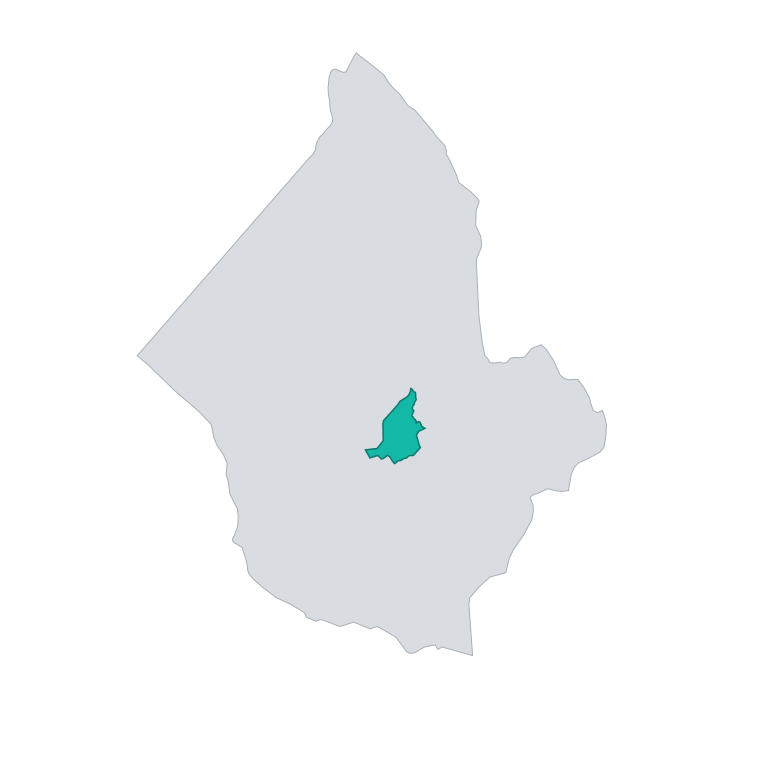 Apac highlighted on a map of Uganda, rotated 131°
{"feature_id": "UGA-5604", "entity_name": "Apac", "entity_type": "District", "adm_level": 1, "iso_a3": "UGA", "parent_name": "Uganda", "parent_adm1": "", "projection": "mercator", "projection_center": [32.461, 1.914], "detail": "fine", "context": "in_parent", "style": "filled", "palette": "teal", "viewbox_px": 768, "rotation_deg": 131, "n_neighbors": 0, "source": "natural_earth", "source_scale": "10m", "svg_char_len": 3257}
<svg xmlns="http://www.w3.org/2000/svg" viewBox="0 0 768 768"><g transform="rotate(131 384 384)"><path d="M524.6,588.8L515.2,588.8L499.9,588.8L484.6,588.8L469.3,588.8L454.0,588.8L438.7,588.8L423.4,588.8L408.1,588.8L392.8,588.8L377.5,588.8L362.2,588.8L346.9,588.8L331.6,588.8L316.3,588.8L300.9,588.8L285.6,588.8L270.3,588.8L261.3,588.8L259.5,588.5L258.2,588.2L252.5,589.3L246.5,593.0L240.1,594.6L233.3,594.0L232.5,594.4L229.0,594.3L224.1,594.1L219.6,595.1L216.2,598.4L212.7,604.0L206.4,610.5L201.5,616.3L197.3,620.4L187.8,627.1L182.6,629.1L180.0,628.8L178.4,627.5L175.4,618.9L173.5,617.5L155.0,622.0L152.2,622.0L152.4,619.3L151.1,599.1L150.9,586.7L153.3,578.9L154.7,570.0L154.9,562.1L158.3,548.6L157.0,540.6L161.4,512.3L162.6,507.7L164.3,494.1L167.0,489.9L169.5,488.2L172.6,479.8L178.7,466.5L182.9,459.6L182.0,444.5L182.7,434.3L183.7,432.0L192.7,428.2L204.3,418.7L209.3,407.6L216.2,400.5L229.7,395.9L269.7,357.7L288.3,337.0L296.4,326.5L296.7,322.7L298.3,317.7L295.0,313.8L291.1,310.3L289.8,307.1L286.5,305.4L281.7,305.5L278.6,303.2L275.0,298.5L271.4,295.6L260.0,295.8L251.3,291.1L251.4,284.6L254.8,271.9L261.5,257.3L261.8,253.3L260.9,249.9L259.3,247.0L256.3,244.0L253.5,240.6L255.7,230.1L259.8,219.8L263.3,214.7L266.6,208.9L265.7,204.2L260.8,201.9L263.3,197.2L268.6,189.5L278.8,181.6L287.8,176.4L293.8,176.4L305.4,180.6L316.0,185.5L321.8,185.7L328.8,183.7L343.4,174.9L346.9,177.7L351.1,183.0L355.7,191.8L364.9,195.8L369.3,198.5L372.5,199.4L374.2,198.6L377.7,191.8L381.9,188.0L389.7,183.3L406.8,179.5L419.0,178.3L424.2,177.5L432.9,175.3L446.6,168.3L460.1,177.4L474.8,179.1L489.0,179.0L493.3,176.3L495.8,174.2L510.7,159.2L530.9,138.9L544.3,167.5L548.9,169.2L548.3,171.6L547.1,174.1L555.9,180.9L566.7,184.5L570.6,188.1L571.0,191.9L567.3,208.6L568.0,213.3L571.5,230.1L577.9,233.8L583.6,250.6L595.2,257.8L596.8,259.8L599.5,268.0L603.0,276.9L605.8,279.0L607.5,279.5L610.9,289.0L608.9,294.3L611.6,310.5L615.9,325.0L617.1,342.2L617.1,349.8L617.0,354.5L616.0,361.0L613.9,364.8L610.3,368.5L606.2,374.3L602.6,380.6L600.4,383.6L602.1,393.0L601.7,395.4L600.7,396.6L595.5,398.0L588.8,400.5L584.7,403.0L579.0,407.7L574.4,412.8L568.3,427.9L558.1,439.6L556.4,443.4L546.8,450.4L542.5,459.1L539.9,469.6L536.1,477.2L528.0,487.6L526.2,504.0L526.4,536.8L524.3,574.1L524.6,588.8Z" fill="#d9dde1" stroke="#a8b0b8" stroke-width="1"/><path d="M386.8,360.6L381.0,358.9L379.0,358.2L376.0,358.1L372.9,359.0L369.7,360.7L369.5,359.1L370.4,356.4L369.7,354.8L370.7,353.7L373.3,351.2L373.9,350.4L374.8,349.4L378.8,348.6L379.8,347.7L380.8,348.1L381.5,347.9L382.2,347.4L383.1,347.1L384.0,346.7L384.4,345.8L384.5,344.7L384.8,343.8L386.3,343.3L388.5,342.7L390.2,341.7L389.8,340.0L390.2,339.4L390.4,338.7L390.4,336.8L390.6,336.0L391.0,335.4L392.2,334.2L391.1,333.8L390.2,333.6L389.5,333.1L389.3,332.1L389.5,331.0L390.7,328.7L391.0,327.6L391.0,326.0L390.6,324.1L397.1,326.8L401.3,326.0L406.6,317.9L408.1,314.8L412.4,314.9L418.7,314.9L420.2,316.7L422.0,318.2L425.2,318.5L427.0,320.0L430.7,321.1L432.0,322.4L433.6,323.3L435.4,323.2L437.2,323.9L436.5,327.8L435.2,331.6L435.5,334.6L439.3,335.2L442.3,336.6L442.0,341.8L449.0,346.1L445.9,354.8L437.2,346.9L427.3,347.4L420.6,353.4L414.9,358.6L411.9,360.3L405.9,360.2L390.7,360.0L386.8,360.6Z" fill="#14b8a6" stroke="#0f766e" stroke-width="1.5"/></g></svg>